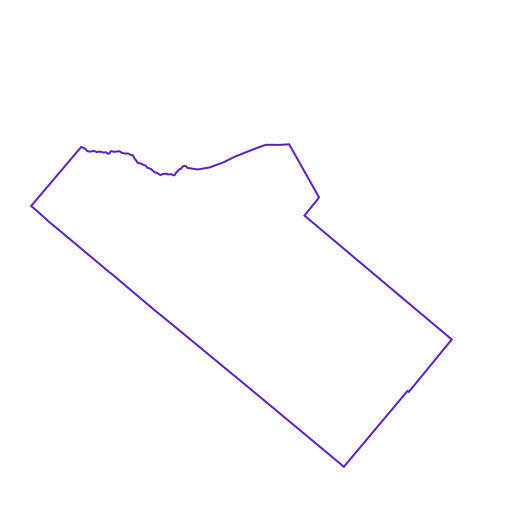 Las Animas, Colorado, United States of America, rotated 40°
{"feature_id": "52423323B39140554867058", "entity_name": "Las Animas", "entity_type": "district", "adm_level": 2, "iso_a3": "USA", "parent_name": "United States of America", "parent_adm1": "Colorado", "projection": "equal_earth", "projection_center": [-104.663, 37.405], "detail": "fine", "context": "isolated", "style": "outline", "palette": "violet", "viewbox_px": 512, "rotation_deg": 40, "n_neighbors": 0, "source": "geoboundaries", "source_scale": "gbopen_adm2", "svg_char_len": 1308}
<svg xmlns="http://www.w3.org/2000/svg" viewBox="0 0 512 512"><g transform="rotate(40 256 256)"><path d="M209.6,149.1L202.9,155.5L192.1,164.4L186.4,174.2L180.7,184.7L175.8,193.8L170.9,205.1L163.6,217.9L155.8,227.1L147.0,232.5L144.3,232.3L142.9,233.4L142.3,234.9L142.3,235.9L142.6,237.1L141.9,238.0L141.4,240.3L141.3,243.0L141.2,244.3L141.7,245.5L141.5,246.8L139.7,247.6L138.7,247.7L138.2,248.1L136.7,249.5L135.8,250.3L134.9,250.2L133.9,251.0L133.5,251.5L132.1,252.9L130.7,255.5L128.0,255.7L126.4,256.1L124.2,257.1L122.0,256.9L120.0,256.9L118.6,257.1L116.0,258.3L113.7,257.7L110.8,258.6L108.1,259.3L106.5,260.3L104.9,260.6L103.0,259.9L100.6,259.5L98.6,258.7L96.9,258.0L94.9,259.2L92.5,259.5L90.1,261.4L87.2,263.2L84.3,263.4L81.7,265.9L80.4,267.4L77.9,268.5L77.4,270.2L77.6,271.3L77.3,272.7L76.3,272.9L74.4,273.0L72.7,274.7L71.0,275.5L70.2,275.8L68.4,277.1L67.4,278.8L65.2,279.2L63.5,280.4L62.0,282.6L59.4,284.1L56.7,283.6L54.6,283.9L52.5,284.8L52.0,284.9L51.6,362.2L55.3,362.2L58.4,362.2L76.4,362.9L82.0,362.8L134.9,362.7L152.0,362.7L155.8,362.7L156.0,362.5L176.8,362.6L212.3,362.7L229.6,362.4L277.4,362.0L331.2,361.5L331.4,361.5L445.1,361.0L458.8,361.0L458.8,261.9L460.4,261.9L459.6,194.1L395.3,194.1L267.1,193.9L266.8,172.7L266.4,170.5L209.6,149.1Z" fill="none" stroke="#5b21b6" stroke-width="2"/></g></svg>